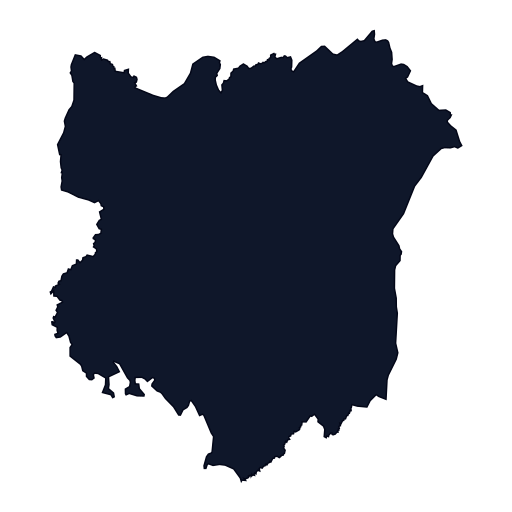 Trakan Phuet Phon, Ubon Ratchathani, Thailand
{"feature_id": "78962969B42152310983042", "entity_name": "Trakan Phuet Phon", "entity_type": "district", "adm_level": 2, "iso_a3": "THA", "parent_name": "Thailand", "parent_adm1": "Ubon Ratchathani", "projection": "robinson", "projection_center": [105.015, 15.601], "detail": "fine", "context": "isolated", "style": "filled", "palette": "ink", "viewbox_px": 512, "rotation_deg": 0, "n_neighbors": 0, "source": "geoboundaries", "source_scale": "gbopen_adm2", "svg_char_len": 5857}
<svg xmlns="http://www.w3.org/2000/svg" viewBox="0 0 512 512"><path d="M241.3,481.3L242.0,480.1L245.5,480.4L244.1,478.5L245.4,478.9L248.0,477.8L248.6,477.2L248.3,476.0L249.2,475.5L249.7,476.0L251.0,475.1L251.1,475.9L251.7,474.5L252.0,475.7L253.0,475.0L254.4,475.3L254.0,474.4L254.6,473.1L255.9,473.9L256.3,471.8L257.8,470.3L259.7,471.0L259.2,468.6L260.2,467.5L262.2,468.1L263.5,466.2L265.1,465.7L265.6,464.1L266.2,463.9L266.9,464.9L268.2,462.9L269.4,462.5L269.7,461.5L270.8,462.1L272.7,458.4L274.4,458.1L274.7,456.6L277.2,456.3L279.3,457.6L280.9,456.3L280.9,455.6L283.3,455.0L283.4,454.0L284.4,453.4L285.1,450.2L283.5,448.0L284.1,446.6L283.6,444.9L284.5,444.5L285.6,441.4L286.7,442.2L287.6,439.9L289.6,439.3L288.7,438.0L288.9,436.5L290.6,436.0L291.2,433.9L293.5,433.8L294.2,431.2L295.6,431.9L299.1,429.9L299.8,428.8L299.4,427.7L300.7,426.8L300.7,425.3L301.7,425.0L302.1,421.8L306.1,421.9L310.2,415.9L311.7,416.3L314.5,414.2L318.2,419.1L318.0,421.8L323.5,426.1L324.8,429.4L324.2,436.6L326.2,437.7L326.7,436.0L328.5,436.6L328.8,435.1L330.7,433.1L332.1,433.2L332.1,434.4L333.1,434.8L335.2,434.1L336.9,432.1L338.0,432.1L337.7,430.4L338.9,430.0L338.5,428.9L339.3,428.5L338.8,426.4L340.4,425.7L339.9,423.5L340.8,424.1L342.6,420.6L343.7,420.4L343.9,419.0L345.5,418.8L346.6,415.7L347.8,415.5L348.4,413.7L349.2,413.4L348.7,412.6L349.9,412.0L350.1,410.5L351.1,410.6L350.8,407.7L351.3,407.5L351.9,404.6L357.3,406.1L366.9,407.0L370.1,400.7L376.2,394.6L378.7,396.4L386.0,399.3L387.0,379.9L388.3,375.1L396.2,359.2L397.8,352.8L395.6,343.2L397.3,313.2L396.3,306.8L396.2,298.2L394.4,288.3L394.6,269.9L395.6,265.7L400.0,260.6L400.1,255.3L401.1,254.2L401.5,251.6L399.6,248.9L398.9,245.7L393.5,237.2L392.5,233.9L392.9,228.8L403.5,213.7L414.6,186.1L421.3,177.3L433.0,156.0L441.2,148.5L444.6,147.6L450.4,147.8L454.6,146.6L457.8,148.0L461.7,145.6L459.6,141.6L456.0,130.1L450.6,125.8L447.2,122.0L447.5,120.0L450.1,117.6L451.3,115.0L450.4,115.0L450.2,112.6L445.8,110.0L438.9,110.4L431.3,103.7L427.4,95.7L422.4,92.6L422.6,85.7L419.9,86.7L416.6,86.0L407.7,81.9L405.5,78.3L407.5,77.0L410.4,70.8L407.1,66.6L403.7,64.5L401.1,64.1L394.0,66.6L392.4,66.1L391.5,63.6L392.1,59.5L391.6,52.3L389.9,48.1L388.6,42.5L387.6,40.9L385.7,39.9L382.5,40.2L376.7,42.2L375.0,41.8L373.8,38.9L374.5,34.3L374.2,30.7L372.2,31.3L364.3,40.7L360.8,41.5L358.8,40.9L357.4,39.3L342.4,51.7L337.2,55.1L332.8,54.1L324.6,46.3L321.4,46.5L316.7,51.0L299.4,63.2L293.7,71.8L291.9,71.1L290.8,69.1L291.6,67.0L291.8,60.2L290.5,56.9L287.1,57.7L285.5,56.1L284.3,55.9L283.3,57.6L281.3,57.4L276.7,58.8L274.8,56.9L275.5,54.2L274.2,54.1L273.9,53.5L270.7,55.1L270.7,57.5L269.1,58.5L269.0,60.0L267.5,59.7L266.9,61.6L265.6,61.6L264.5,62.8L263.0,62.4L262.5,63.2L260.5,63.8L258.5,63.0L257.8,64.5L256.0,64.7L255.5,66.1L253.9,66.1L251.1,68.3L248.7,68.5L247.1,66.2L243.4,64.0L240.0,66.2L238.5,68.2L233.7,69.1L233.2,71.1L231.0,73.1L230.9,76.9L229.6,77.5L229.1,79.1L226.7,80.9L224.1,80.6L223.4,83.2L221.9,84.9L222.4,90.3L221.0,92.9L218.5,90.1L216.3,85.0L215.2,80.1L215.3,77.3L217.2,75.5L216.7,73.3L219.8,68.5L220.3,64.5L219.4,62.7L219.9,60.8L214.1,57.3L207.9,56.4L202.8,57.3L192.9,64.1L190.5,73.2L184.4,83.7L173.3,91.4L167.3,97.2L165.2,98.1L161.2,97.8L153.1,95.4L134.8,87.8L135.4,86.3L136.4,85.9L134.6,82.6L136.3,82.1L137.0,79.4L136.4,77.3L134.0,76.1L133.3,77.5L130.9,76.9L128.2,73.1L128.4,69.3L124.5,70.5L124.1,72.8L115.2,71.3L114.8,68.4L113.9,68.6L113.8,66.7L112.4,65.9L112.6,64.9L112.0,64.2L110.3,63.9L109.8,61.6L108.4,61.6L107.5,60.2L103.4,59.0L101.7,60.1L101.2,59.6L101.5,57.8L100.9,58.0L100.2,56.9L100.3,55.5L94.6,52.5L86.9,57.0L84.2,59.5L81.0,56.0L75.3,54.9L71.4,64.7L71.0,67.0L71.5,71.0L70.3,72.9L71.9,75.3L72.9,81.4L74.2,83.1L74.0,100.2L71.8,106.6L69.1,109.7L65.3,118.1L64.4,121.1L65.4,126.4L63.7,132.8L57.6,144.6L59.7,154.6L61.1,154.8L60.5,161.6L61.2,167.8L62.2,170.0L61.4,172.6L62.1,172.7L62.2,174.1L61.7,177.6L62.2,181.0L61.1,186.9L61.6,190.0L68.0,191.9L78.5,197.2L88.5,199.9L94.5,202.6L98.5,200.6L100.9,203.6L101.3,205.7L103.7,206.8L103.9,209.3L99.6,211.9L101.4,219.3L99.3,220.4L96.8,224.4L99.2,228.7L101.4,229.3L100.9,233.3L98.6,234.5L95.5,234.7L93.2,237.9L93.3,238.6L95.4,239.7L95.2,242.4L93.6,243.6L94.2,245.7L93.5,246.9L96.4,248.8L96.9,251.7L95.5,252.6L95.3,254.2L93.2,256.6L87.1,255.1L86.0,256.7L83.0,257.7L82.5,260.3L80.0,262.7L77.8,260.0L76.6,260.0L76.4,264.1L72.4,265.7L70.8,269.7L68.4,269.0L67.1,272.8L63.4,273.9L61.9,276.2L61.0,280.7L59.0,281.2L58.1,283.1L59.3,284.3L55.5,286.0L55.3,287.4L53.5,286.9L51.5,291.3L50.3,292.0L50.9,293.8L53.7,290.8L53.9,296.0L57.1,296.3L60.0,300.2L61.8,300.5L62.5,302.2L57.2,304.9L57.8,306.9L56.1,310.3L57.6,312.4L55.1,317.1L53.7,316.6L53.2,318.0L55.1,321.9L53.9,323.6L53.0,321.7L51.8,321.9L52.2,324.7L57.3,327.3L57.1,330.2L58.0,333.3L54.9,334.4L55.1,335.9L56.3,337.6L60.3,337.0L66.7,332.5L69.0,336.2L70.6,342.4L72.2,344.5L70.1,347.5L70.1,356.1L80.5,364.3L81.7,366.2L82.8,370.7L86.5,373.1L86.5,376.4L89.3,379.5L91.8,379.7L94.0,378.0L93.3,374.5L94.6,373.1L98.2,373.5L105.8,378.0L105.5,384.9L102.5,392.5L110.9,394.7L112.7,397.6L114.2,396.8L113.5,393.0L108.4,388.6L109.0,384.6L108.5,376.8L119.3,371.7L116.7,366.6L113.3,362.4L113.8,361.2L119.7,363.8L127.5,377.8L130.0,380.4L130.4,382.5L129.6,386.6L125.4,389.1L125.5,393.7L126.1,394.8L129.2,393.4L137.0,395.8L143.9,396.0L144.2,394.5L139.3,388.7L138.7,384.1L135.3,383.9L134.8,380.5L135.2,377.4L141.9,377.3L145.0,378.9L147.4,381.4L152.5,377.5L154.3,378.2L154.9,380.1L152.1,384.0L151.8,386.0L157.1,390.9L160.5,392.2L162.1,393.7L165.5,398.5L173.6,406.8L178.7,415.0L180.4,415.1L183.0,409.8L186.9,407.5L188.4,405.4L189.6,401.1L191.3,400.5L195.5,406.5L199.6,415.5L202.6,414.2L203.9,415.3L211.3,433.0L213.6,436.5L212.1,451.9L211.4,453.0L208.4,454.1L206.5,456.8L204.0,465.8L204.3,468.4L205.9,468.4L207.1,464.8L208.4,463.7L213.0,465.4L219.5,464.4L225.2,465.1L233.7,468.9L240.3,478.0L241.3,481.3Z" fill="#0f172a" stroke="#020617" stroke-width="1.5"/></svg>